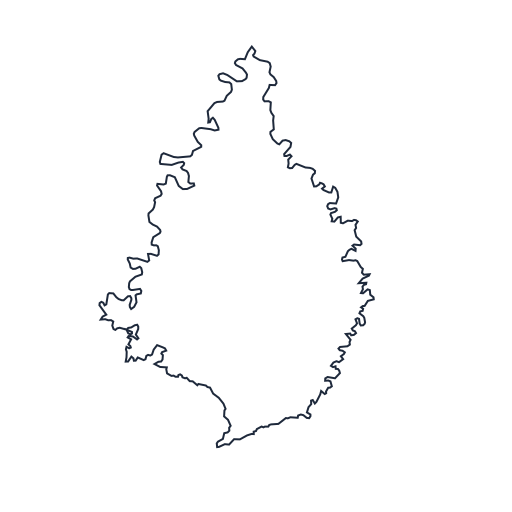 the district of São Joaquim, Santa Catarina, Brazil, rotated 113°
{"feature_id": "56859067B96100556004213", "entity_name": "São Joaquim", "entity_type": "district", "adm_level": 2, "iso_a3": "BRA", "parent_name": "Brazil", "parent_adm1": "Santa Catarina", "projection": "natural_earth1", "projection_center": [-50.031, -28.293], "detail": "fine", "context": "isolated", "style": "outline", "palette": "slate", "viewbox_px": 512, "rotation_deg": 113, "n_neighbors": 0, "source": "geoboundaries", "source_scale": "gbopen_adm2", "svg_char_len": 6138}
<svg xmlns="http://www.w3.org/2000/svg" viewBox="0 0 512 512"><g transform="rotate(113 256 256)"><path d="M374.4,346.4L372.1,345.5L370.5,342.9L367.2,340.6L365.7,338.5L367.0,336.8L369.2,335.9L375.3,335.9L377.7,332.1L379.3,332.9L378.2,337.7L378.7,339.9L379.5,342.0L381.1,342.3L381.5,338.4L387.2,338.9L388.0,336.5L389.2,335.5L390.5,336.7L390.2,339.7L392.7,339.3L394.7,337.6L399.9,335.6L404.1,334.7L403.1,332.5L397.3,331.4L398.1,328.8L400.1,327.5L399.4,325.9L395.6,325.2L395.7,318.7L394.2,317.4L390.8,317.9L389.2,316.7L388.9,314.4L387.3,313.2L382.1,313.6L376.7,312.2L376.5,306.0L376.6,303.7L378.2,301.7L381.2,304.9L382.8,305.0L383.6,303.0L387.8,301.6L390.2,302.1L391.5,304.5L395.1,307.2L395.6,300.9L393.4,294.6L395.4,294.3L398.8,292.0L399.4,287.0L398.3,285.1L398.6,282.9L397.6,280.6L395.9,280.9L394.6,279.6L395.0,277.5L396.4,276.3L396.3,273.5L395.2,272.2L397.1,268.1L396.1,265.3L397.9,259.5L396.3,259.0L394.8,251.5L395.6,249.5L395.1,246.9L399.4,241.7L401.1,234.8L404.6,228.3L408.6,224.3L410.5,224.7L416.1,222.7L417.7,217.8L422.2,213.0L424.6,213.6L427.2,212.3L429.5,213.2L431.5,216.0L437.3,215.0L441.8,218.5L443.8,218.9L447.1,217.1L446.2,215.5L441.4,211.2L440.1,207.1L433.2,204.6L431.1,199.2L424.6,194.1L421.5,190.5L420.8,188.5L418.6,189.5L417.1,187.6L415.0,187.6L410.8,184.2L410.8,182.2L409.6,181.2L408.2,178.0L406.4,177.8L405.1,176.3L401.8,169.8L393.5,165.2L393.0,163.3L391.0,161.3L388.6,154.4L386.4,154.9L384.4,152.8L384.0,150.2L385.2,146.0L384.5,143.7L382.1,143.3L380.6,144.0L380.1,148.0L374.6,148.6L370.8,147.3L367.6,148.8L366.4,147.5L368.8,144.2L366.7,143.4L358.3,142.8L354.8,143.3L356.2,138.8L354.9,137.8L353.4,138.6L349.1,138.1L348.2,136.4L346.3,135.3L342.3,138.5L342.4,140.8L343.8,143.6L341.6,144.4L339.4,142.8L337.7,135.5L331.0,133.0L329.0,134.6L328.0,136.4L328.7,138.5L326.5,139.7L328.2,141.7L327.8,144.1L323.8,143.1L321.4,140.8L321.3,138.1L316.9,135.5L315.1,138.7L311.9,136.8L310.0,136.6L309.4,139.3L310.0,142.1L309.0,143.9L306.9,143.1L303.4,136.6L300.9,135.0L298.6,136.3L296.2,136.2L292.7,142.8L290.6,139.0L291.8,137.4L290.4,135.1L287.9,133.8L286.6,135.6L286.7,137.8L285.4,139.5L280.7,137.0L278.5,136.7L275.4,139.7L273.7,138.4L273.6,136.6L277.7,134.2L279.0,132.4L277.9,130.3L275.9,129.5L274.4,129.7L270.6,132.2L269.5,133.7L268.3,138.4L266.3,138.4L264.8,136.4L262.7,136.8L262.2,139.2L260.4,138.2L259.5,136.5L253.6,135.5L249.9,130.7L248.1,131.7L247.0,135.7L242.9,137.9L243.1,140.2L248.5,142.9L249.1,144.9L244.8,144.6L242.6,146.0L240.4,145.4L239.0,143.7L237.5,144.0L240.9,150.8L235.1,149.0L230.0,144.4L228.4,144.3L231.1,149.5L230.0,151.9L226.1,152.6L225.2,155.3L221.1,160.8L221.0,162.7L222.2,164.4L223.4,168.8L226.9,174.2L225.6,175.5L223.6,175.8L221.8,173.4L215.7,173.3L213.8,172.4L212.1,171.0L212.4,166.4L210.3,167.1L208.8,171.2L207.1,170.2L205.4,164.4L203.6,163.6L201.5,164.9L199.0,171.3L193.7,175.3L191.1,174.8L188.4,176.6L184.5,175.8L184.0,178.0L184.5,179.9L186.3,181.2L187.6,185.3L191.9,188.7L192.3,190.9L186.8,193.4L188.5,195.7L193.7,197.3L194.5,199.9L191.9,200.3L188.8,203.7L187.2,203.7L184.5,200.6L182.3,199.5L181.0,200.5L181.2,202.3L184.0,205.6L184.1,208.1L182.3,209.9L180.1,209.9L178.4,208.7L176.4,202.8L169.9,203.2L165.1,206.1L162.3,209.7L162.0,212.1L168.1,211.5L169.0,213.7L168.9,219.7L168.2,221.5L165.1,219.8L163.6,221.8L163.4,223.8L163.6,225.7L165.3,225.7L168.3,227.7L169.3,229.7L163.0,235.2L158.8,235.3L156.9,234.2L154.6,234.9L153.6,237.9L153.8,240.7L155.2,245.1L155.4,254.8L157.0,256.0L160.9,257.1L162.0,259.2L161.9,261.3L158.2,262.1L154.7,264.0L150.3,262.3L149.4,264.4L152.0,266.9L152.8,268.9L151.2,269.9L142.1,266.9L138.2,267.8L137.4,270.2L137.7,274.0L139.4,276.6L144.1,278.2L144.1,280.3L141.9,286.2L138.0,290.5L136.1,291.2L132.5,289.1L124.5,293.2L120.3,294.4L118.2,297.8L116.1,299.8L108.8,302.4L108.6,304.9L110.3,308.6L109.2,310.5L106.8,311.4L96.3,309.8L93.2,310.3L91.3,305.2L88.8,304.7L87.0,305.8L84.4,309.6L83.2,313.7L81.6,315.4L75.9,316.5L73.1,318.7L72.6,321.2L74.2,329.0L73.3,336.1L72.2,337.2L70.3,336.5L67.6,336.7L64.9,341.7L71.6,343.2L79.2,343.1L80.7,347.6L82.0,349.5L85.0,351.0L86.7,350.8L88.0,349.0L88.6,341.7L91.1,337.0L92.5,335.2L95.6,334.3L97.2,334.7L100.5,337.2L102.7,341.9L100.6,353.1L100.7,357.7L102.9,360.6L104.8,361.1L107.8,358.7L108.3,356.8L107.9,352.4L106.6,348.3L107.4,346.0L112.3,343.2L114.7,343.1L119.9,345.5L125.4,345.7L126.8,346.9L129.4,352.0L131.5,354.0L141.6,357.1L148.2,353.2L151.8,352.1L150.9,350.7L147.4,350.7L145.6,349.7L146.8,347.2L152.7,340.7L154.4,339.9L156.6,343.1L157.0,347.3L159.5,356.3L160.6,358.2L165.8,361.0L167.8,361.0L169.3,359.9L173.7,354.2L175.4,349.7L176.9,349.1L183.9,355.0L188.0,354.5L190.0,355.5L195.8,366.4L197.0,370.4L197.5,381.2L199.6,382.5L207.0,381.3L208.6,380.0L205.1,369.2L200.3,363.9L197.9,360.1L198.6,358.4L200.3,358.1L203.8,359.5L205.0,357.5L204.9,353.1L206.1,351.0L208.6,349.0L214.3,347.2L215.0,344.8L213.5,341.6L215.3,340.3L221.2,345.6L223.0,349.5L221.7,354.5L215.2,361.5L215.3,366.8L216.3,368.9L217.9,369.0L224.6,367.3L226.3,369.0L228.1,374.9L229.8,374.6L233.5,368.7L235.7,367.1L237.8,367.4L242.2,371.4L244.6,371.4L245.9,369.9L250.8,368.9L253.6,369.1L258.8,371.5L260.7,370.9L266.3,367.4L267.4,363.3L267.6,358.6L269.5,354.4L270.9,353.4L272.5,353.5L278.8,357.9L284.3,357.4L286.3,356.4L286.1,354.1L285.1,351.9L285.4,350.2L288.6,347.7L292.6,346.3L294.5,347.2L295.1,353.6L296.3,356.2L301.8,352.6L303.8,353.7L304.7,364.4L306.4,367.9L306.9,371.8L307.9,373.2L309.3,372.7L312.2,369.3L315.6,366.9L316.0,364.2L314.8,361.9L311.3,358.8L312.0,356.9L315.4,354.4L317.6,353.9L322.2,358.9L328.6,362.1L330.6,362.1L334.3,360.9L335.9,359.5L336.1,357.7L335.5,356.2L331.6,349.9L333.0,347.9L335.5,347.4L337.9,350.8L339.3,351.5L345.3,347.9L350.4,348.3L353.6,350.2L352.3,352.1L350.4,353.2L345.0,353.6L343.5,354.3L342.1,356.2L343.1,358.1L348.5,360.5L349.2,362.4L349.3,365.7L348.5,368.5L346.2,372.7L347.5,376.6L349.3,377.3L359.0,374.9L360.6,376.1L358.7,378.3L358.6,380.4L360.4,381.5L362.5,380.9L368.5,370.9L371.7,373.5L375.2,374.1L373.1,370.1L372.9,366.9L371.7,364.4L372.1,361.8L376.2,361.1L378.9,358.6L379.0,356.6L376.8,355.5L375.3,353.4L374.4,346.4ZM374.4,346.4L377.1,343.4L377.2,341.0L375.8,339.9L374.4,340.5L374.4,346.4Z" fill="none" stroke="#1e293b" stroke-width="2"/></g></svg>